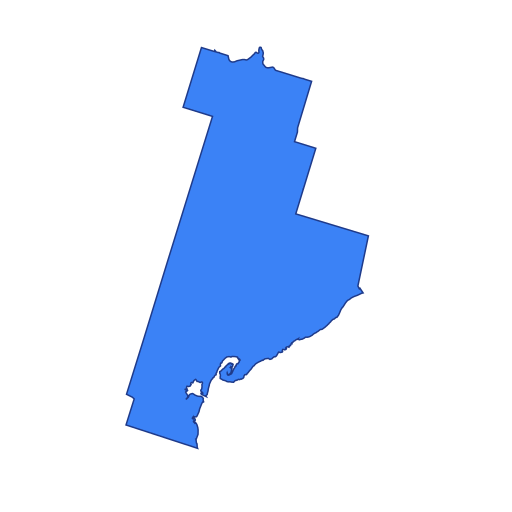 Barunga West, South Australia, Australia (Albers equal-area conic projection), rotated 197°
{"feature_id": "25037944B23405884319913", "entity_name": "Barunga West", "entity_type": "district", "adm_level": 2, "iso_a3": "AUS", "parent_name": "Australia", "parent_adm1": "South Australia", "projection": "albers", "projection_center": [137.906, -33.795], "detail": "fine", "context": "isolated", "style": "filled", "palette": "blue", "viewbox_px": 512, "rotation_deg": 197, "n_neighbors": 0, "source": "geoboundaries", "source_scale": "gbopen_adm2", "svg_char_len": 6052}
<svg xmlns="http://www.w3.org/2000/svg" viewBox="0 0 512 512"><g transform="rotate(197 256 256)"><path d="M255.6,55.0L256.3,55.9L257.2,58.4L257.7,59.4L258.1,59.5L258.8,60.8L259.1,61.7L259.6,62.5L259.6,63.2L260.0,63.4L259.6,63.9L259.3,68.5L260.5,72.7L261.5,74.9L263.1,77.3L264.4,78.6L265.6,79.1L265.7,78.8L265.3,78.2L265.5,78.1L266.0,78.7L266.8,78.9L267.4,79.3L267.4,79.6L266.6,79.7L266.6,80.1L266.8,80.4L266.3,80.5L266.1,80.8L266.3,81.8L266.5,82.2L266.9,82.4L267.6,82.3L267.9,82.6L267.9,83.1L268.2,82.8L268.6,82.7L268.8,83.2L268.9,82.5L268.3,82.2L268.4,81.7L269.5,82.3L269.2,83.6L268.9,84.0L266.3,84.6L265.9,85.0L265.6,85.8L265.0,90.4L265.2,93.4L264.7,99.3L264.2,101.0L263.5,101.0L263.4,101.2L263.9,101.9L264.6,103.2L264.6,104.1L265.6,105.1L267.1,105.7L268.1,105.6L269.1,105.2L270.9,104.9L273.8,105.2L275.6,105.8L276.6,105.9L278.5,104.7L279.1,103.8L279.3,102.3L279.7,102.8L279.9,102.7L280.0,102.3L279.6,101.6L279.7,100.8L280.2,99.6L280.8,98.9L280.9,99.0L280.5,99.7L280.1,101.0L280.2,102.1L280.4,102.5L281.3,103.3L283.5,105.3L283.3,105.9L282.4,106.8L282.2,107.2L284.7,107.6L284.8,107.8L284.7,108.0L283.7,108.0L282.9,108.5L283.9,109.6L284.1,110.6L283.9,111.3L282.2,111.5L280.9,112.4L280.5,114.2L281.0,114.5L281.1,115.3L281.0,115.9L280.3,116.4L279.5,116.1L279.3,116.2L279.0,118.5L278.5,119.5L277.6,120.4L277.0,120.0L275.7,118.8L274.8,119.1L272.4,118.7L271.4,119.6L270.9,119.7L270.4,119.5L270.0,118.9L270.1,117.1L269.5,115.6L269.1,113.5L269.1,112.7L269.5,111.8L269.5,111.3L269.2,110.7L267.3,109.8L266.9,109.5L266.7,109.0L266.8,108.6L267.1,108.5L268.4,108.9L268.5,108.5L268.3,108.2L267.7,107.8L265.7,107.4L262.5,107.0L263.3,107.7L262.9,108.1L262.2,109.2L262.4,110.9L262.4,112.8L262.8,115.3L262.9,118.9L263.1,119.8L262.6,123.9L262.2,125.1L261.7,125.9L261.7,126.7L261.1,127.3L260.7,128.0L260.7,128.8L260.4,129.7L260.0,130.3L259.4,130.8L259.9,132.1L259.5,133.3L259.6,134.5L259.3,136.6L259.2,136.9L259.2,137.5L258.9,138.8L257.8,140.5L258.4,141.9L258.5,143.2L257.7,143.5L257.4,144.0L257.4,145.6L257.3,146.0L256.9,146.6L255.8,148.9L254.4,150.9L252.7,151.8L251.3,152.1L250.4,152.0L249.6,152.9L247.0,153.6L245.2,153.9L244.1,153.9L243.7,153.2L243.1,153.0L242.8,152.7L241.6,152.6L240.9,151.9L241.1,151.8L242.3,152.0L241.2,151.1L241.1,150.3L241.3,149.6L241.2,149.3L241.8,148.1L241.7,147.8L242.5,147.4L242.8,146.9L243.0,146.9L243.1,146.4L242.9,145.1L243.1,144.9L243.4,144.9L243.7,144.2L243.7,143.1L244.2,141.8L244.3,140.6L244.6,140.1L244.5,139.9L244.5,139.2L244.9,136.4L245.5,135.6L246.7,134.7L247.0,134.2L247.7,133.9L248.3,134.0L248.9,134.6L249.2,135.5L249.4,135.7L249.4,135.8L248.4,134.4L247.7,134.3L246.9,135.0L246.1,136.5L245.9,137.4L246.2,141.2L246.3,141.2L246.5,140.9L246.7,141.2L246.5,141.4L247.6,141.7L247.3,141.9L247.7,142.2L247.7,142.4L247.2,142.3L246.6,141.5L246.4,141.7L246.4,142.1L246.9,142.3L247.1,142.6L246.8,142.5L246.6,142.6L246.4,142.3L246.3,143.3L246.4,143.6L246.1,143.8L246.2,144.5L246.3,144.8L246.2,145.1L246.9,145.3L246.6,145.4L246.6,145.7L246.8,145.8L246.7,145.9L247.3,146.1L249.4,146.2L249.9,145.9L249.8,145.7L250.0,145.4L250.5,145.4L250.9,145.0L251.4,144.1L250.4,145.2L250.1,145.3L250.0,145.2L251.3,144.0L252.4,142.4L252.7,141.5L252.0,141.4L253.0,141.1L253.9,138.9L254.7,138.2L256.1,135.4L256.5,135.1L256.6,134.6L256.8,134.6L256.4,133.3L255.7,132.6L255.1,131.3L254.9,130.6L255.0,130.2L254.4,128.4L252.3,128.0L251.6,127.7L248.7,127.8L246.9,127.4L245.1,127.7L244.3,128.1L242.8,128.2L240.5,128.7L239.9,130.1L239.2,131.0L238.4,131.3L238.0,131.8L237.4,132.0L237.1,132.6L236.7,132.9L235.5,133.0L234.6,133.9L233.8,134.0L233.3,134.8L232.8,135.0L232.2,136.2L232.4,137.7L232.1,139.1L231.7,139.5L230.8,139.5L230.2,140.2L230.1,141.2L229.6,141.8L228.6,144.5L227.7,146.2L226.6,149.6L225.7,150.6L225.3,151.8L224.7,152.9L222.5,155.4L221.7,156.0L221.2,156.6L220.8,156.7L220.6,157.1L220.0,157.8L219.4,158.0L219.3,158.3L218.7,158.4L218.6,158.8L217.3,160.3L214.3,161.7L212.5,161.2L210.8,162.3L210.3,163.4L209.3,164.8L208.9,165.1L208.4,165.1L207.9,165.5L207.4,166.2L207.1,167.0L206.3,170.7L205.2,170.9L204.9,170.7L204.5,170.8L202.8,171.8L202.6,172.3L203.2,172.9L203.2,174.4L202.9,174.6L200.9,174.7L200.7,175.2L200.2,175.4L200.3,175.8L199.9,176.0L199.9,176.6L200.7,176.8L200.3,177.8L199.2,178.5L197.8,178.4L197.8,178.8L198.0,179.4L197.5,179.7L197.4,180.4L196.8,180.5L196.7,182.4L195.9,182.5L195.9,182.8L196.4,183.2L196.4,183.5L195.4,184.5L194.9,185.6L194.1,186.3L193.5,187.3L192.3,188.5L192.1,188.5L191.5,189.2L191.6,188.5L190.8,188.6L190.7,188.8L189.8,188.6L189.0,189.3L187.6,189.9L185.7,191.7L185.0,192.8L182.8,193.5L181.1,194.6L179.0,196.8L178.7,197.5L177.6,199.0L176.0,200.4L175.4,201.4L174.7,202.0L173.1,204.4L172.7,204.7L172.0,204.9L171.3,205.3L169.1,208.2L168.5,209.3L167.8,210.3L167.2,211.6L166.6,212.4L166.4,213.2L165.4,214.9L165.0,216.1L163.8,218.0L162.7,218.7L161.7,220.5L160.7,221.0L159.8,223.5L159.5,225.7L159.1,229.7L158.6,231.2L158.5,231.9L158.0,232.6L156.7,237.3L155.7,239.8L155.1,240.7L154.3,241.4L153.5,242.4L152.6,243.8L150.3,246.0L147.5,248.1L144.0,251.3L142.8,252.0L147.2,255.6L147.6,254.8L149.8,257.1L154.4,308.1L230.3,307.9L230.3,333.1L230.5,333.6L230.3,333.7L230.3,376.5L252.6,376.6L252.6,386.6L253.7,390.7L253.9,439.3L260.9,439.3L262.9,439.5L263.6,439.3L266.0,439.2L291.7,439.3L293.7,441.0L294.4,441.4L295.4,441.5L299.3,439.5L300.3,439.3L301.7,439.3L302.7,439.8L305.6,441.8L306.0,442.7L306.4,443.9L306.4,444.6L306.1,446.0L306.2,446.6L306.6,447.5L308.0,448.7L308.2,451.2L308.4,452.3L309.7,454.4L310.7,455.0L311.3,455.6L312.0,456.8L312.5,457.0L313.4,456.7L313.6,456.5L313.7,455.8L313.5,453.6L312.7,451.6L312.8,451.0L313.1,450.6L313.5,450.4L314.0,450.4L315.1,450.8L315.7,450.8L316.2,450.3L316.8,448.6L317.8,447.0L318.9,444.8L321.5,441.3L322.6,440.6L324.5,440.5L326.4,439.9L331.3,437.1L333.3,435.4L335.2,434.6L336.7,434.5L337.7,434.8L338.7,435.4L339.5,436.2L341.3,439.4L350.2,439.5L350.6,439.8L351.1,439.8L351.6,439.5L354.2,439.5L354.4,440.0L355.6,440.7L355.6,439.4L369.1,439.4L369.2,376.9L338.4,376.8L339.0,225.4L339.1,141.8L339.4,85.9L332.9,84.8L330.7,83.7L330.9,56.4L255.6,55.0Z" fill="#3b82f6" stroke="#1e3a8a" stroke-width="1.5"/></g></svg>